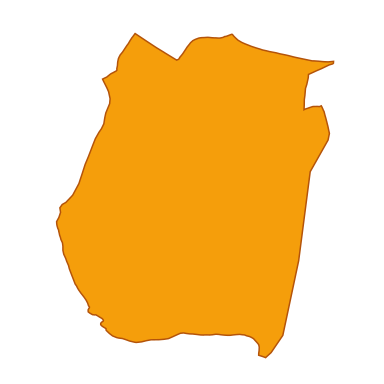 the district of Reduit, Gros Islet, Saint Lucia, rotated 274°
{"feature_id": "8701671B96547889187506", "entity_name": "Reduit", "entity_type": "district", "adm_level": 2, "iso_a3": "LCA", "parent_name": "Saint Lucia", "parent_adm1": "Gros Islet", "projection": "orthographic", "projection_center": [-60.961, 14.069], "detail": "fine", "context": "isolated", "style": "filled", "palette": "amber", "viewbox_px": 384, "rotation_deg": 274, "n_neighbors": 0, "source": "geoboundaries", "source_scale": "gbopen_adm2", "svg_char_len": 3541}
<svg xmlns="http://www.w3.org/2000/svg" viewBox="0 0 384 384"><g transform="rotate(274 192 192)"><path d="M298.4,94.9L296.9,95.7L295.2,96.7L290.0,99.8L286.2,101.8L279.3,103.8L274.4,103.7L264.8,100.5L259.8,99.8L253.9,99.3L248.7,97.2L245.2,95.1L238.5,91.9L230.9,89.5L226.6,88.2L220.1,86.2L212.1,83.5L202.7,81.2L196.1,79.5L194.1,79.0L192.5,78.6L180.5,73.2L172.8,66.9L170.5,63.4L167.0,61.3L162.5,62.3L157.4,61.0L153.0,59.0L150.7,59.3L149.0,59.7L146.5,60.6L144.9,61.5L143.2,61.9L141.7,62.4L139.8,62.9L137.5,63.9L135.4,64.6L132.3,66.3L128.9,67.0L124.8,67.3L121.0,68.4L116.8,70.7L114.2,71.8L110.9,73.5L110.2,73.9L106.8,75.0L103.1,76.7L99.7,78.3L96.1,80.0L92.0,81.9L90.2,83.4L88.6,84.3L86.5,85.7L83.3,88.3L80.0,91.3L76.9,93.8L74.0,95.6L71.3,96.7L70.2,97.7L69.3,97.7L68.8,97.3L67.2,96.6L65.2,96.8L64.0,98.6L62.7,101.3L62.6,103.6L62.8,104.6L59.5,111.1L58.6,112.1L57.6,112.6L56.7,112.2L55.9,111.0L54.7,110.1L53.2,110.2L51.8,111.8L50.3,114.6L49.8,115.7L48.5,115.9L47.9,116.1L45.1,119.5L42.9,122.8L41.5,127.1L41.2,129.1L41.0,132.7L40.2,135.9L39.0,140.1L38.2,144.9L38.0,146.8L38.1,147.3L38.6,150.0L39.0,152.2L40.5,156.8L41.7,161.4L42.0,165.1L42.4,169.7L43.1,174.2L44.1,178.7L46.2,182.7L49.2,188.2L50.3,190.4L50.8,193.5L50.5,196.0L50.3,199.6L50.4,202.8L50.2,207.2L50.0,210.7L50.1,213.4L50.3,214.5L50.5,217.0L50.6,219.6L51.0,222.2L51.8,225.8L51.8,226.2L51.8,228.7L51.6,230.9L51.5,233.8L51.5,237.0L51.7,240.0L52.3,243.0L52.9,246.5L53.3,249.6L53.1,252.3L53.1,254.3L52.4,256.4L51.8,259.6L51.1,261.4L50.0,263.6L48.4,265.2L46.8,266.9L45.4,268.3L44.3,269.2L42.0,269.9L38.4,270.0L35.7,269.8L33.8,269.9L32.9,273.6L32.6,274.7L32.1,276.4L31.9,277.0L32.8,277.8L37.3,282.1L55.3,292.6L130.9,303.2L220.5,308.5L253.3,324.1L260.0,325.0L261.0,324.7L263.0,324.1L266.6,323.1L271.2,321.6L275.1,320.3L277.8,319.3L281.5,318.1L282.9,317.2L283.6,316.9L286.0,315.6L287.0,314.9L286.1,313.3L286.1,311.0L285.7,306.6L284.2,302.9L283.7,301.9L282.7,299.3L281.9,298.0L286.5,297.9L291.9,297.6L296.3,297.9L303.3,298.0L307.3,299.0L314.1,300.0L317.4,300.0L318.8,302.6L321.6,307.7L324.0,312.4L328.3,319.9L329.6,323.4L330.3,324.1L332.2,324.1L331.3,318.8L331.2,315.4L331.2,313.2L331.3,309.1L331.3,304.8L331.2,302.7L333.0,289.5L333.5,286.0L333.9,283.5L334.6,279.8L334.9,278.1L335.1,276.8L335.8,271.6L336.0,270.0L336.7,266.3L337.5,259.4L338.0,256.7L338.3,254.6L338.6,252.5L339.0,251.0L339.2,250.3L340.1,246.3L341.5,240.8L342.1,239.0L343.5,234.5L344.7,231.2L345.3,230.0L346.7,227.2L348.5,225.0L347.2,226.6L348.9,224.5L350.3,222.9L352.0,221.3L352.1,220.6L351.3,218.8L350.4,216.9L349.8,215.6L349.7,215.2L349.5,214.6L349.4,213.8L348.4,212.2L347.8,210.2L347.5,208.9L347.4,207.5L347.4,205.8L347.4,204.7L347.3,203.2L347.3,201.1L347.4,198.1L347.4,196.8L347.1,194.6L346.9,193.3L346.7,191.2L346.4,189.5L345.9,187.7L345.6,187.1L344.5,184.7L343.8,183.5L342.9,182.1L342.5,181.8L340.9,180.2L339.2,179.1L336.2,177.0L334.9,176.3L329.4,173.2L327.9,172.2L326.0,170.8L325.1,170.2L324.7,170.2L323.9,169.7L323.6,169.4L323.2,168.9L322.9,168.4L322.8,167.8L322.5,167.5L329.0,155.0L329.4,154.3L332.0,149.3L333.5,146.4L339.2,136.3L346.1,124.2L345.7,123.9L345.3,123.7L344.4,123.1L342.8,122.1L341.7,121.3L340.6,120.7L338.2,119.4L335.7,118.2L333.7,116.9L330.9,115.3L326.8,113.0L325.1,111.8L323.9,110.9L323.2,110.6L322.1,110.1L320.0,109.3L317.2,108.9L316.0,108.8L314.1,108.8L312.9,108.8L311.4,108.6L310.0,108.4L308.9,108.5L308.4,108.6L307.5,108.0L307.3,107.7L306.6,106.6L305.2,104.4L305.0,104.0L304.6,103.3L304.1,102.6L303.1,101.5L300.5,98.7L300.2,98.0L298.4,94.9Z" fill="#f59e0b" stroke="#b45309" stroke-width="1.5"/></g></svg>